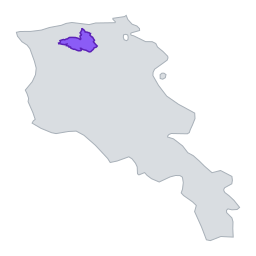 Stepanavan, Lori, Armenia (highlighted)
{"feature_id": "60910142B48694121515271", "entity_name": "Stepanavan", "entity_type": "district", "adm_level": 2, "iso_a3": "ARM", "parent_name": "Armenia", "parent_adm1": "Lori", "projection": "equal_earth", "projection_center": [44.342, 41.021], "detail": "fine", "context": "in_parent", "style": "filled", "palette": "violet", "viewbox_px": 256, "rotation_deg": 0, "n_neighbors": 0, "source": "geoboundaries", "source_scale": "gbopen_adm2", "svg_char_len": 2919}
<svg xmlns="http://www.w3.org/2000/svg" viewBox="0 0 256 256"><path d="M110.2,162.5L107.7,158.5L95.4,145.3L84.0,135.3L76.2,131.1L68.3,131.5L56.1,133.6L51.6,132.7L40.9,128.3L32.1,123.1L33.3,120.9L35.2,119.4L32.9,112.6L28.1,101.7L28.6,98.3L27.0,93.6L25.3,90.1L32.3,81.6L35.5,74.7L36.2,68.1L34.4,61.2L29.9,48.7L27.1,45.1L21.9,41.7L17.5,36.2L16.4,32.3L20.1,31.5L30.9,31.4L41.3,30.1L49.5,27.5L61.3,25.3L66.2,23.4L71.9,22.5L89.1,24.6L95.6,23.0L115.0,22.7L115.5,21.9L112.9,19.3L112.9,18.3L124.5,16.6L126.2,15.4L127.8,19.5L132.1,24.2L136.9,26.0L139.5,28.6L139.6,30.5L131.2,32.9L130.6,34.0L131.2,35.2L133.7,35.8L145.5,41.6L152.2,41.7L155.8,43.5L157.5,47.0L163.2,51.7L167.7,56.3L168.0,57.9L167.1,60.2L154.6,69.2L153.1,72.3L152.9,75.6L158.5,85.4L166.7,96.1L178.5,104.3L194.7,113.1L195.0,118.6L192.4,125.1L190.3,129.6L189.3,132.6L187.3,133.8L171.2,133.5L168.8,134.6L167.7,135.9L167.6,137.0L173.5,138.9L182.6,145.9L187.8,152.7L193.3,155.7L199.4,161.1L204.4,166.1L212.0,172.7L220.5,170.5L231.9,176.4L232.4,180.3L231.8,183.8L224.7,187.7L223.8,189.3L223.8,190.6L224.8,192.5L229.0,195.7L234.0,200.4L239.6,207.4L237.1,209.5L231.9,209.8L227.9,208.9L226.5,210.3L226.6,212.6L231.9,217.9L233.0,221.8L232.8,228.6L233.2,237.1L220.8,236.5L210.3,240.6L206.4,239.8L203.7,232.6L201.4,226.7L194.6,211.6L196.3,205.5L192.6,201.9L183.5,195.5L181.2,192.9L182.5,189.2L183.3,182.6L182.4,177.2L180.0,175.6L175.5,175.5L170.1,176.9L159.2,182.0L151.5,178.7L147.1,175.4L144.6,172.6L138.9,174.9L137.5,173.8L137.2,166.9L135.5,163.2L132.0,158.8L128.8,156.8L117.2,161.0L110.2,162.5ZM127.9,39.7L128.2,37.2L127.7,35.0L125.8,34.3L123.5,34.9L123.3,37.3L124.1,39.7L126.4,40.7L127.9,39.7ZM165.3,77.7L162.7,79.2L160.2,78.5L160.1,74.7L161.9,73.2L164.0,73.2L166.0,74.6L165.3,77.7Z" fill="#d9dde1" stroke="#a8b0b8" stroke-width="1"/><path d="M80.8,50.7L81.3,50.2L81.1,49.3L80.5,48.3L80.9,48.2L81.9,48.9L83.0,49.5L84.3,49.9L85.8,50.2L86.4,50.4L87.1,50.9L87.7,51.1L88.3,51.5L89.0,51.8L89.9,51.9L91.0,51.5L91.7,50.7L92.6,50.0L93.3,49.3L93.8,48.6L94.1,47.8L95.1,47.5L96.0,47.3L96.8,46.6L97.2,46.0L95.9,44.7L95.1,43.8L94.7,43.3L94.5,43.1L93.4,41.8L94.5,40.2L93.7,39.2L93.5,38.7L93.0,37.9L92.4,37.0L91.5,36.8L90.7,35.8L89.9,35.1L90.5,33.5L89.9,33.4L89.5,33.2L89.0,32.6L87.9,32.6L87.6,32.3L86.9,32.1L85.2,32.0L85.2,31.8L84.7,31.0L83.9,29.9L82.8,29.1L82.4,28.7L81.8,28.8L81.8,30.1L81.1,31.3L80.7,32.1L80.1,32.8L80.5,33.8L81.4,34.3L81.2,35.3L80.9,35.4L80.2,35.7L80.0,36.2L80.1,36.8L80.4,37.7L80.8,38.9L80.3,39.5L79.9,39.4L79.0,38.7L77.9,38.2L76.5,37.8L75.3,37.5L74.2,37.5L72.9,37.4L70.9,37.4L69.3,37.5L68.4,38.1L67.4,38.9L66.2,39.0L65.4,39.5L64.7,39.8L63.4,39.5L62.0,39.9L60.0,40.6L60.2,41.0L60.4,41.4L60.2,42.2L59.9,42.6L59.2,43.0L58.6,43.0L58.7,43.7L59.7,43.7L62.7,44.4L62.9,44.4L63.8,44.5L64.4,44.7L66.9,44.1L66.3,45.6L68.7,46.1L69.0,47.1L70.5,47.0L70.9,48.2L72.9,49.0L73.5,49.3L74.9,49.3L77.2,50.4L78.5,50.8L80.8,50.7Z" fill="#8b5cf6" stroke="#5b21b6" stroke-width="1.5"/></svg>